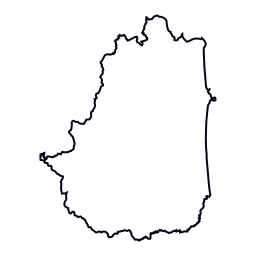 Sichon, Nakhon Si Thammarat, Thailand (Natural Earth projection)
{"feature_id": "78962969B22761856957978", "entity_name": "Sichon", "entity_type": "district", "adm_level": 2, "iso_a3": "THA", "parent_name": "Thailand", "parent_adm1": "Nakhon Si Thammarat", "projection": "natural_earth1", "projection_center": [99.813, 8.965], "detail": "fine", "context": "isolated", "style": "outline", "palette": "ink", "viewbox_px": 256, "rotation_deg": 0, "n_neighbors": 0, "source": "geoboundaries", "source_scale": "gbopen_adm2", "svg_char_len": 5769}
<svg xmlns="http://www.w3.org/2000/svg" viewBox="0 0 256 256"><path d="M101.5,82.2L101.7,82.9L102.9,84.2L103.0,85.2L102.6,85.7L100.8,86.8L100.1,89.7L98.4,93.1L96.5,93.7L96.1,94.3L95.8,95.8L96.6,97.4L96.7,98.0L96.3,98.5L95.2,98.7L94.6,99.2L95.1,100.6L94.5,102.6L95.1,104.7L94.9,106.8L93.2,109.8L92.8,111.1L91.5,111.6L91.0,113.3L91.2,116.7L90.8,117.6L89.5,119.3L87.8,119.6L86.5,119.5L83.9,123.8L81.9,123.9L79.1,123.2L77.8,121.8L76.1,122.0L73.9,121.0L73.1,120.8L72.3,121.3L72.0,122.0L71.7,123.0L71.8,125.3L71.4,128.8L71.0,129.9L69.4,131.0L68.9,131.8L69.7,133.4L72.8,137.0L73.2,138.0L74.7,143.8L73.8,146.4L73.7,148.8L72.6,149.9L71.5,150.3L71.0,151.1L69.0,151.4L68.0,152.2L63.4,152.3L62.3,151.8L61.6,152.6L61.1,154.0L60.2,154.4L59.1,153.8L58.0,153.7L56.7,155.5L56.3,155.7L55.6,155.6L55.3,156.0L54.9,155.9L54.0,156.9L53.4,156.7L52.3,157.3L49.3,156.5L47.3,156.5L46.4,157.2L46.7,158.5L45.7,159.5L43.6,157.0L43.9,156.4L44.3,153.0L43.8,153.2L43.3,154.6L42.5,155.4L42.1,155.1L42.0,153.9L40.5,154.4L40.4,159.1L40.6,159.9L43.9,160.4L44.3,161.1L44.7,162.7L47.5,163.1L48.1,165.3L48.4,165.8L50.8,165.8L51.3,166.0L51.6,166.6L51.6,168.4L52.0,169.9L55.1,171.3L57.1,173.8L58.1,173.9L58.9,174.8L59.9,175.0L60.5,175.8L63.0,176.5L62.7,178.3L61.4,180.4L60.9,181.5L61.3,183.6L61.1,188.9L61.5,191.5L62.0,193.6L65.5,193.4L66.7,192.7L66.1,194.9L66.3,198.8L66.1,199.9L64.9,201.6L64.3,203.9L64.7,205.9L65.8,206.9L68.1,208.1L68.4,209.8L69.3,212.9L69.8,213.3L71.0,213.4L72.5,211.8L73.7,211.7L74.1,212.0L74.3,212.6L74.5,214.8L74.7,215.3L76.6,215.9L77.8,217.0L80.6,216.5L81.1,216.8L81.9,218.1L83.6,218.4L84.3,219.7L85.2,220.0L85.7,221.6L87.0,223.5L88.6,227.1L90.7,227.3L91.9,229.4L95.8,232.3L97.3,232.3L99.1,231.5L100.0,231.6L101.4,232.4L102.0,231.9L103.4,231.5L105.5,231.8L107.4,233.3L107.8,234.1L108.0,235.6L109.0,237.3L112.0,236.7L112.7,236.1L113.1,234.9L115.1,233.6L115.9,233.4L116.5,233.7L117.6,233.7L117.9,233.2L117.8,232.1L118.1,231.7L119.9,231.7L121.2,231.0L122.5,231.1L124.2,230.3L125.0,230.2L126.1,230.7L127.3,230.9L129.3,230.1L130.3,230.9L130.7,232.3L131.2,233.0L131.5,233.8L131.3,234.4L132.0,235.9L134.3,238.6L134.6,239.5L136.1,239.7L136.9,239.4L137.7,239.9L138.1,239.8L138.7,240.5L139.3,240.6L140.0,240.2L139.8,239.7L140.2,239.4L141.8,239.3L142.7,238.6L143.1,238.6L143.2,238.0L144.3,237.7L144.6,237.2L145.7,237.5L145.9,236.8L147.0,237.4L147.9,238.6L149.6,238.9L150.1,238.7L150.5,238.0L150.5,234.1L150.8,233.2L151.3,233.1L151.8,233.6L152.2,233.3L152.8,233.4L153.0,232.8L153.5,232.7L153.8,232.9L154.1,232.3L154.8,232.8L155.6,231.5L156.6,232.3L156.9,232.0L156.8,231.5L157.1,231.4L157.5,232.4L158.1,232.2L158.1,231.1L159.4,230.6L159.6,230.1L160.2,230.6L160.9,230.2L161.0,230.5L161.9,230.5L163.1,231.2L164.9,230.7L165.6,231.1L166.2,231.9L167.9,232.4L168.6,233.0L171.8,232.3L172.6,231.3L173.3,231.1L174.3,231.1L174.9,230.7L175.8,231.1L176.2,230.5L176.5,231.5L177.2,231.3L177.7,230.8L178.2,231.0L178.5,230.8L179.3,230.9L179.8,230.2L180.2,230.6L180.1,232.1L180.4,231.9L181.9,232.3L184.2,231.4L187.4,231.5L187.4,230.2L187.7,230.2L187.8,229.8L188.9,229.6L188.8,228.9L190.0,228.3L190.5,227.6L190.8,226.5L193.1,226.4L193.9,225.7L194.3,226.0L194.9,225.0L195.6,225.2L196.8,223.5L197.0,223.6L197.5,222.8L197.9,223.0L198.5,222.5L198.7,221.6L198.9,222.0L199.6,221.3L199.4,219.9L200.0,218.4L199.0,217.9L199.4,217.6L199.9,216.4L199.2,216.1L199.0,215.5L199.4,215.0L200.2,214.9L200.4,214.5L200.8,212.6L200.3,211.4L200.7,209.9L202.5,208.5L203.6,206.8L203.7,205.8L203.2,203.4L204.4,201.6L204.0,200.1L204.3,199.3L204.7,199.0L206.3,199.0L206.9,198.7L207.1,198.0L206.2,196.6L206.5,196.1L207.0,196.0L209.2,196.9L209.8,195.6L210.4,195.2L209.5,189.9L208.7,182.3L206.6,157.7L206.6,153.2L206.1,148.8L205.8,138.1L206.3,121.9L207.6,108.4L208.1,105.0L209.4,103.2L209.9,101.1L210.9,99.8L212.2,99.8L212.6,100.2L214.0,100.7L214.8,100.5L215.6,99.7L215.2,97.7L214.1,97.6L213.5,97.8L213.0,98.5L211.8,98.0L211.0,96.7L210.6,94.7L209.0,93.4L208.7,92.6L207.9,91.8L210.2,88.4L208.6,90.3L207.2,89.3L206.1,87.1L204.4,67.0L203.7,50.4L203.9,47.6L204.6,46.7L205.0,46.5L205.7,44.5L205.8,43.7L204.4,40.6L201.8,38.1L201.6,38.8L200.7,39.2L198.7,38.6L194.5,38.6L192.1,39.5L190.1,40.6L186.9,41.8L183.9,38.8L182.8,37.1L182.4,35.9L182.3,34.1L181.7,34.7L181.3,36.6L180.6,37.2L178.6,38.1L177.5,40.1L175.8,40.4L174.4,40.0L174.6,38.5L174.4,37.3L172.3,36.0L171.5,33.8L170.6,33.1L170.6,31.9L169.3,31.4L168.2,30.2L167.0,25.8L166.5,21.2L166.2,20.0L164.1,18.1L163.2,17.6L161.2,16.9L158.9,16.6L157.7,15.7L156.8,15.4L156.1,15.9L154.2,16.4L152.0,19.0L150.8,19.3L148.4,19.5L147.4,17.9L146.4,17.3L146.1,19.9L146.5,22.5L145.5,23.4L145.4,24.6L144.5,25.7L144.2,26.8L144.4,28.2L144.2,28.9L143.6,29.5L143.6,30.1L143.3,30.6L142.8,32.2L142.2,32.7L143.6,34.6L144.0,34.7L144.1,34.2L144.4,34.8L145.0,34.9L145.2,35.3L145.6,35.4L145.8,36.5L146.4,37.3L147.0,37.6L147.0,38.4L147.4,38.9L147.1,39.5L146.3,40.1L144.0,41.0L141.4,41.6L142.5,43.2L142.4,44.5L141.9,45.4L141.0,45.0L139.8,43.7L137.0,41.8L136.7,40.5L137.3,38.3L137.0,36.8L135.6,36.9L133.4,37.8L128.8,40.3L127.9,40.6L127.7,40.2L127.4,40.3L127.1,39.5L126.5,39.2L125.8,37.9L125.6,36.9L124.1,34.9L122.6,35.7L121.5,35.5L120.8,35.7L120.4,36.4L120.4,36.8L120.1,35.4L119.6,35.0L119.1,35.7L118.5,35.9L118.4,37.9L118.7,38.1L118.2,38.3L118.0,39.0L117.3,39.2L117.3,39.6L116.6,39.5L115.8,40.0L115.6,40.9L115.1,41.1L115.8,42.4L115.6,42.8L116.1,43.6L116.0,44.6L116.6,45.3L115.9,46.9L116.4,47.8L116.4,48.3L115.2,50.1L115.0,52.0L114.7,52.2L114.8,52.5L114.2,52.6L114.0,53.4L113.6,53.3L113.4,53.7L113.1,53.3L112.8,54.0L112.1,53.9L110.5,54.7L110.0,54.4L108.6,54.5L108.0,54.2L105.5,54.8L104.7,55.6L101.7,61.2L100.7,61.9L100.8,63.3L102.0,64.6L101.6,66.4L102.4,67.1L103.3,69.4L103.2,70.2L102.5,71.1L102.8,72.2L102.6,73.6L100.2,76.8L100.3,77.2L101.2,78.1L101.9,79.7L102.0,80.5L101.5,82.2Z" fill="none" stroke="#020617" stroke-width="2"/></svg>